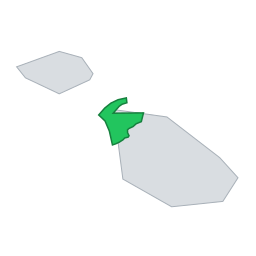 Mellieħa on a map of Malta (orthographic projection), rotated 353°
{"feature_id": "MLT-5925", "entity_name": "Mellieħa", "entity_type": "state/province", "adm_level": 1, "iso_a3": "MLT", "parent_name": "Malta", "parent_adm1": "", "projection": "orthographic", "projection_center": [14.362, 35.96], "detail": "fine", "context": "in_parent", "style": "filled", "palette": "green", "viewbox_px": 256, "rotation_deg": 353, "n_neighbors": 0, "source": "natural_earth", "source_scale": "10m", "svg_char_len": 720}
<svg xmlns="http://www.w3.org/2000/svg" viewBox="0 0 256 256"><g transform="rotate(353 128 128)"><path d="M231.1,190.8L213.2,212.4L161.7,211.5L116.7,178.1L116.1,108.0L168.0,121.8L215.5,168.7L231.1,190.8ZM95.9,75.5L63.9,85.7L32.3,65.7L24.9,53.7L69.1,43.6L90.7,52.6L99.9,69.8L95.9,75.5Z" fill="#d9dde1" stroke="#a8b0b8" stroke-width="1"/><path d="M110.5,142.9L109.1,128.7L106.1,118.3L100.5,111.5L107.3,105.4L114.1,101.2L121.6,98.7L130.0,97.9L130.0,102.8L125.1,103.7L122.0,105.3L115.1,111.5L145.2,114.9L142.0,123.3L136.6,124.8L133.2,127.2L128.9,128.6L127.3,129.7L127.0,132.7L128.1,135.8L127.0,137.1L123.5,137.5L121.6,139.1L117.4,141.1L113.9,142.2L110.5,142.9Z" fill="#22c55e" stroke="#15803d" stroke-width="1.5"/></g></svg>